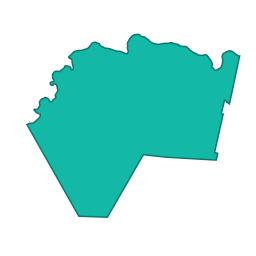 the district of Nuevo Laredo, Tamaulipas, Mexico, rotated 278°
{"feature_id": "50627088B36584167330730", "entity_name": "Nuevo Laredo", "entity_type": "district", "adm_level": 2, "iso_a3": "MEX", "parent_name": "Mexico", "parent_adm1": "Tamaulipas", "projection": "robinson", "projection_center": [-99.568, 27.475], "detail": "fine", "context": "isolated", "style": "filled", "palette": "teal", "viewbox_px": 256, "rotation_deg": 278, "n_neighbors": 0, "source": "geoboundaries", "source_scale": "gbopen_adm2", "svg_char_len": 5852}
<svg xmlns="http://www.w3.org/2000/svg" viewBox="0 0 256 256"><g transform="rotate(278 128 128)"><path d="M108.5,219.8L115.4,220.4L115.7,217.1L155.0,220.3L155.1,218.4L169.2,219.7L167.8,222.6L167.3,222.3L166.0,225.1L190.0,226.8L214.8,228.5L214.7,228.2L214.7,227.7L214.8,227.4L215.0,227.0L215.4,225.8L216.5,223.7L217.2,222.7L217.6,221.9L217.9,221.3L218.4,220.0L218.5,219.6L218.5,218.9L218.5,217.2L218.3,216.8L217.5,215.6L217.0,215.0L216.9,214.7L216.9,214.4L216.8,214.2L216.1,213.7L215.8,213.3L215.7,212.9L215.5,212.5L215.0,212.1L214.2,211.7L213.4,211.5L212.6,211.3L211.8,211.3L211.2,211.4L210.6,211.5L210.2,211.7L209.1,212.2L208.6,212.3L208.2,212.4L205.8,212.4L204.1,212.5L203.4,212.4L202.8,212.0L202.5,211.9L201.8,212.0L201.5,212.0L201.2,211.8L200.8,211.6L198.9,209.3L198.5,209.0L198.1,208.6L197.9,208.4L197.6,207.3L197.3,206.6L197.2,206.3L197.2,206.0L197.5,205.6L198.2,205.0L198.6,204.6L199.1,203.8L199.4,203.5L199.6,203.1L199.6,202.9L199.6,202.7L199.8,202.6L200.2,202.5L200.9,202.5L201.8,202.6L202.4,202.6L203.0,202.5L204.1,202.2L204.8,201.5L205.4,201.3L207.2,199.8L208.4,198.6L209.9,197.2L210.7,196.3L211.2,195.7L211.4,195.3L211.4,195.0L211.4,194.6L210.9,193.2L210.4,191.9L210.1,190.6L210.0,190.1L210.1,189.0L210.0,188.7L209.9,188.5L209.9,188.4L210.0,188.0L210.2,187.1L210.5,186.4L210.7,186.2L210.8,185.9L211.0,185.3L211.3,184.0L211.6,183.0L211.7,182.5L212.0,181.6L212.6,180.8L213.2,179.4L213.4,178.9L213.5,178.7L213.7,178.3L213.9,178.1L214.3,177.9L214.6,177.5L214.9,177.2L215.1,176.7L215.4,176.2L216.2,175.3L216.4,175.0L216.5,174.6L216.7,174.0L216.7,173.1L216.6,172.4L216.4,172.1L216.4,171.9L216.5,171.0L216.4,170.1L216.3,169.0L216.5,168.4L216.7,168.0L217.6,166.0L217.7,165.5L217.8,164.2L217.9,163.7L218.0,161.6L218.4,160.4L218.5,159.6L218.4,158.7L218.3,158.1L218.1,157.7L217.9,157.3L217.6,156.6L217.5,156.0L217.4,155.4L217.2,153.7L217.0,152.8L216.6,151.6L216.5,151.0L215.6,148.5L215.5,148.0L215.1,146.4L215.0,145.2L215.1,142.9L215.2,142.1L215.9,139.3L216.2,138.4L216.4,138.1L216.8,137.5L218.2,135.8L218.7,135.0L219.3,133.6L220.0,132.6L220.3,131.9L220.4,131.7L220.4,131.3L220.4,130.1L220.6,128.3L220.7,127.9L220.9,127.4L221.0,127.2L221.8,126.7L222.0,126.5L222.2,126.1L222.2,125.9L222.1,125.4L221.9,123.8L221.8,123.4L221.6,122.9L221.5,122.0L221.3,121.6L221.1,121.2L220.4,120.2L219.7,119.4L219.3,119.1L217.7,117.8L216.0,117.0L215.6,116.8L214.9,116.8L214.5,116.7L214.3,116.6L212.9,115.8L212.6,115.7L212.4,115.7L211.7,115.7L210.4,115.9L209.7,116.2L208.8,116.3L208.3,116.3L207.7,116.1L207.2,116.2L206.2,116.6L205.9,116.8L205.3,117.1L204.7,117.3L203.5,117.5L203.0,117.5L202.4,117.4L201.9,117.2L201.5,116.9L201.4,116.7L201.3,116.1L201.4,115.3L201.8,113.7L202.1,112.4L202.2,112.1L202.5,110.8L202.7,109.8L202.8,109.3L202.5,104.9L202.6,104.6L202.9,103.5L203.1,102.6L203.3,101.6L203.6,100.5L203.8,99.5L204.0,96.8L203.9,95.4L204.0,93.9L204.4,92.7L204.7,92.1L205.0,90.8L205.1,90.4L205.4,89.6L205.6,89.4L207.1,88.1L207.4,87.9L207.7,87.3L207.7,87.0L207.8,86.0L207.8,85.7L207.9,85.2L208.4,84.2L208.4,83.9L208.4,83.2L208.0,82.5L207.6,81.6L206.9,80.6L206.6,80.3L204.5,79.4L203.9,78.9L203.5,78.5L203.0,78.4L202.5,78.0L202.0,77.6L201.5,77.2L201.0,76.7L200.9,76.2L200.3,75.3L198.5,71.4L198.3,71.0L198.0,68.9L197.5,67.3L197.0,65.8L196.6,64.8L196.3,64.3L195.9,63.8L195.4,63.3L194.6,62.8L192.7,61.5L191.9,60.9L190.5,59.6L190.2,59.4L189.9,59.4L189.7,59.4L189.5,59.6L188.8,60.5L188.7,60.9L188.7,61.3L188.7,61.6L188.8,61.9L188.7,62.1L188.5,62.3L187.5,63.0L184.6,63.7L183.8,64.0L182.1,64.7L181.5,64.9L180.4,65.4L180.1,65.5L179.8,65.5L179.5,65.5L179.2,65.4L178.9,65.3L178.6,65.2L178.3,65.1L177.8,64.8L177.7,64.7L177.6,64.2L177.6,63.9L177.6,63.7L177.8,63.5L178.0,63.3L179.0,63.3L179.3,63.2L179.7,62.9L180.1,62.5L180.5,62.0L180.9,61.1L180.9,59.5L180.9,57.9L180.8,57.5L180.7,57.2L180.3,56.8L179.2,56.6L178.7,56.4L178.3,56.2L177.9,55.8L176.5,54.5L176.2,54.2L176.0,53.8L175.7,53.5L175.3,53.3L175.0,53.2L174.7,52.8L174.6,52.6L174.4,52.3L174.4,51.4L174.3,49.5L174.3,49.0L174.0,48.6L173.9,48.1L173.7,47.7L173.5,47.4L172.9,46.9L172.1,46.6L171.4,46.2L171.2,46.1L170.9,46.0L170.5,46.1L170.3,46.0L170.1,45.9L169.8,45.8L169.5,45.9L168.8,46.4L168.5,46.5L168.1,46.5L167.4,46.2L167.2,46.2L166.6,46.5L166.4,46.7L166.1,47.0L166.0,47.5L165.8,47.7L165.5,47.9L165.1,48.0L164.8,48.1L164.5,48.1L164.2,47.9L163.8,47.7L163.5,47.4L163.3,47.0L163.1,46.2L162.8,45.3L162.5,45.0L162.0,44.8L161.0,44.7L160.6,44.8L160.3,45.1L160.0,45.5L159.7,46.7L159.7,47.1L159.7,47.4L160.0,47.8L160.3,48.1L160.7,48.2L161.0,48.4L161.3,48.7L161.4,49.0L161.5,49.3L161.5,49.8L161.4,50.1L160.9,50.8L160.5,51.2L159.7,51.7L159.4,51.9L157.4,52.5L156.5,52.9L155.4,53.3L154.9,53.3L154.6,53.3L154.2,53.1L153.2,52.6L151.4,51.7L150.7,51.5L150.3,51.4L149.9,51.5L149.6,51.6L149.4,51.9L149.1,52.1L148.7,52.1L148.2,52.1L147.8,52.1L147.4,51.9L147.2,51.6L147.0,51.4L146.2,50.9L145.9,50.2L145.1,49.7L144.2,49.3L143.7,49.1L143.4,48.8L143.3,48.5L143.2,48.1L143.4,47.2L143.7,46.5L144.0,46.3L145.2,45.7L145.4,45.5L145.8,44.8L146.3,44.0L146.6,43.3L146.7,42.9L146.7,42.5L146.7,41.6L146.5,41.3L145.6,40.2L145.0,38.9L144.8,38.6L144.3,38.2L144.0,37.9L143.0,37.3L142.6,37.1L142.1,36.9L141.6,36.9L140.5,36.8L139.7,37.1L139.3,37.3L138.8,37.5L138.1,37.6L137.6,37.5L136.8,37.0L136.4,36.7L135.8,36.5L134.8,36.2L134.2,35.8L133.9,35.4L133.7,35.0L133.5,34.4L133.5,33.8L133.6,32.9L133.5,32.6L133.3,32.5L133.1,32.4L132.8,32.5L131.5,33.9L131.0,34.6L130.6,35.0L130.4,35.4L130.2,36.2L129.6,38.1L129.6,38.7L129.6,39.0L129.0,39.2L127.9,39.4L127.6,39.4L126.8,39.3L126.5,39.1L126.3,38.8L125.9,38.6L124.7,38.1L124.1,37.6L123.6,36.9L122.8,36.3L122.4,35.9L122.1,35.7L121.9,35.7L121.7,35.5L121.3,35.2L121.2,34.9L120.9,34.6L120.5,34.3L119.6,33.3L119.4,32.8L119.3,32.4L119.2,31.3L119.0,30.7L119.0,30.4L118.9,29.8L118.7,29.3L118.3,28.7L117.9,28.4L117.3,27.5L33.8,91.6L36.8,120.0L103.7,146.9L104.4,170.2L108.5,219.8Z" fill="#14b8a6" stroke="#0f766e" stroke-width="1.5"/></g></svg>